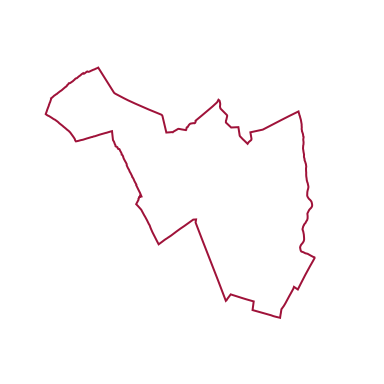 Boldur, Timis, Romania, rotated 76°
{"feature_id": "2599482B65945802034893", "entity_name": "Boldur", "entity_type": "district", "adm_level": 2, "iso_a3": "ROU", "parent_name": "Romania", "parent_adm1": "Timis", "projection": "equal_earth", "projection_center": [21.738, 45.676], "detail": "fine", "context": "isolated", "style": "outline", "palette": "rose", "viewbox_px": 384, "rotation_deg": 76, "n_neighbors": 0, "source": "geoboundaries", "source_scale": "gbopen_adm2", "svg_char_len": 5818}
<svg xmlns="http://www.w3.org/2000/svg" viewBox="0 0 384 384"><g transform="rotate(76 192 192)"><path d="M284.2,188.1L305.8,185.5L305.5,185.0L305.4,184.7L304.1,183.4L302.9,181.9L300.7,179.2L301.1,178.6L305.1,172.1L307.2,168.7L309.3,165.2L313.1,158.6L321.2,161.8L322.7,159.2L326.8,152.0L328.8,148.5L330.8,145.0L332.1,143.1L333.1,141.3L335.4,137.0L331.8,135.5L331.7,135.4L327.4,133.6L324.7,130.4L322.8,128.5L320.5,126.4L316.2,122.5L314.3,120.7L310.5,117.2L308.7,116.0L312.2,112.9L307.1,108.5L299.8,102.1L292.4,95.3L287.9,91.0L285.7,89.0L285.0,89.0L284.2,90.2L282.2,92.4L280.0,94.7L279.6,95.4L278.9,96.8L277.3,98.6L276.5,99.9L276.2,100.3L275.4,100.6L274.5,100.7L272.7,100.6L271.8,100.5L270.8,99.9L270.4,99.6L269.5,98.8L268.4,97.2L267.4,96.1L266.6,95.4L265.2,94.7L263.9,94.4L260.4,93.8L256.8,93.6L256.3,93.8L256.1,93.8L255.2,93.7L254.9,93.8L254.7,93.7L254.4,93.6L253.6,93.1L252.6,92.6L252.3,92.4L252.1,92.2L251.2,91.5L251.2,91.4L250.7,91.1L250.2,90.5L250.1,90.3L249.9,90.1L249.8,89.8L249.5,89.4L248.2,88.3L247.0,87.0L246.8,86.9L245.5,86.2L245.1,86.1L243.2,85.6L241.6,85.4L241.0,85.3L240.8,85.2L240.5,85.0L238.5,83.3L238.1,83.0L237.5,82.3L237.0,81.6L236.5,80.8L236.3,80.4L236.1,80.2L235.4,79.4L235.0,79.1L234.7,78.9L234.2,78.7L233.3,78.5L231.9,78.4L231.0,78.4L230.0,78.5L228.9,79.0L228.2,79.3L227.9,79.6L226.5,80.4L225.9,80.6L224.6,81.0L223.7,81.1L223.4,81.1L222.6,80.9L219.9,80.1L218.2,79.3L217.1,78.6L216.6,78.4L215.8,78.0L215.4,77.9L214.6,77.7L213.4,77.7L211.4,77.6L209.9,77.8L209.2,77.7L208.9,77.8L208.5,77.8L206.3,77.5L205.1,77.4L204.2,77.3L202.3,76.9L200.9,76.5L199.6,76.3L198.1,76.0L196.5,75.6L195.0,75.0L193.2,74.8L192.3,74.7L191.7,74.8L190.7,74.8L188.9,75.0L188.1,75.1L187.8,74.9L187.2,74.8L185.2,74.9L184.7,74.8L182.6,74.2L182.3,74.2L180.1,74.1L178.3,73.9L176.9,73.8L176.1,73.6L174.9,73.2L173.9,72.9L173.0,72.4L171.7,72.0L170.7,71.7L168.2,71.4L167.3,71.1L166.2,70.6L165.7,70.4L165.6,70.5L165.3,70.6L165.0,70.6L164.5,70.5L163.1,70.4L162.9,70.3L162.7,70.3L161.6,70.4L160.2,70.5L159.6,70.6L159.2,70.5L158.6,70.4L157.9,70.4L157.5,70.4L156.6,70.1L156.4,70.0L156.0,69.9L155.0,69.7L154.3,69.6L153.2,69.3L152.4,69.2L148.2,68.9L146.0,69.0L144.5,69.0L144.0,69.0L143.2,69.2L142.4,69.1L141.2,69.2L140.1,69.2L139.6,69.2L141.7,78.9L143.6,87.2L148.6,108.2L148.2,120.9L154.8,121.4L155.3,121.6L155.9,122.0L157.3,124.9L158.7,126.4L154.8,128.8L153.3,129.8L149.6,131.9L148.9,132.1L140.3,131.3L139.2,136.8L138.9,138.4L132.8,142.3L131.0,141.8L130.2,141.2L126.8,139.5L126.3,139.4L125.8,139.5L118.1,144.1L117.8,144.2L115.9,144.2L113.7,143.4L112.6,143.2L110.0,143.2L109.7,143.4L108.9,144.0L110.9,145.8L111.5,146.8L114.0,151.4L119.9,163.4L123.7,171.3L124.6,171.4L124.7,171.6L125.0,171.8L125.5,172.1L125.8,172.5L125.9,173.0L125.8,173.3L125.6,173.7L125.4,175.2L125.4,175.9L125.3,176.4L125.3,177.1L125.6,177.8L126.3,178.9L128.0,180.6L128.0,180.9L128.0,181.2L128.0,181.4L128.2,181.6L130.3,182.6L130.5,182.9L128.8,186.8L127.5,189.6L127.4,190.1L129.0,195.6L129.4,196.2L129.3,196.5L129.0,197.1L128.8,198.6L128.1,202.5L111.1,202.3L110.6,202.4L110.1,202.6L109.6,203.0L107.6,205.7L101.5,214.0L92.5,225.7L87.7,231.7L84.7,235.2L78.1,242.6L77.4,243.2L76.9,243.6L74.2,244.5L48.6,252.9L48.8,253.6L49.0,254.7L49.0,254.9L49.1,255.6L49.4,256.8L49.5,257.9L49.6,258.8L49.8,259.5L49.8,259.9L50.0,260.8L50.3,262.1L50.4,262.8L50.4,263.2L50.3,263.6L50.1,264.0L49.8,264.3L49.7,264.5L50.1,265.6L50.2,265.9L50.3,266.1L50.7,267.0L50.9,267.5L51.1,268.4L51.0,268.6L50.8,268.8L50.4,268.9L51.0,270.6L51.5,271.5L52.0,272.5L52.5,273.9L53.7,276.2L53.7,276.5L53.7,276.8L53.7,277.1L53.7,277.3L53.9,277.8L54.0,278.0L54.4,278.5L54.8,279.2L55.0,279.7L55.7,280.9L56.2,282.4L56.6,283.3L56.8,283.9L56.8,284.7L56.7,285.0L56.7,285.3L56.9,285.5L57.4,285.9L57.6,286.1L57.7,286.3L57.9,286.8L58.0,287.1L58.2,287.3L58.6,287.6L59.0,288.1L59.1,288.4L59.3,288.6L59.3,288.9L59.3,289.0L61.0,292.4L61.1,292.6L61.5,293.3L61.6,293.6L61.8,294.0L62.1,294.8L62.4,295.7L63.7,298.6L64.2,299.5L64.3,300.2L64.7,301.0L65.2,302.5L65.7,303.3L66.5,304.9L67.1,305.8L67.1,306.1L67.5,306.1L70.7,308.1L71.1,308.5L72.5,309.4L72.8,309.7L73.5,310.0L74.9,311.0L77.2,312.6L78.8,313.6L81.0,315.1L81.7,314.6L82.8,313.6L83.5,312.7L84.0,312.1L86.0,310.2L87.1,309.2L87.6,308.8L88.8,307.4L90.0,306.4L90.3,306.2L90.8,305.7L92.2,304.7L93.1,304.2L96.7,301.4L97.4,301.0L98.4,300.2L99.9,299.1L100.8,298.5L101.9,297.7L102.7,297.0L104.7,295.8L109.4,293.9L111.3,293.2L112.3,292.9L113.4,292.9L114.1,292.7L114.8,292.4L114.9,290.2L114.8,287.3L114.9,285.1L114.6,280.8L114.6,280.1L114.4,276.2L114.5,275.4L114.3,274.0L114.4,272.8L114.0,267.6L113.8,261.1L113.9,260.4L113.8,260.1L113.6,256.1L113.6,254.9L122.4,256.1L124.5,255.5L126.7,255.3L128.0,255.0L129.1,255.1L129.8,254.4L130.1,253.9L130.7,253.5L131.0,253.5L131.3,253.4L131.7,253.5L132.0,253.4L132.4,253.1L132.6,252.7L132.7,252.3L132.8,252.1L133.6,251.9L134.4,251.8L136.6,251.2L137.8,251.0L138.2,251.0L138.7,251.2L139.1,250.8L139.4,250.6L139.9,250.4L141.5,250.2L141.9,250.3L143.7,250.0L145.7,249.5L147.4,249.0L149.2,248.6L149.9,248.8L150.4,248.9L150.9,248.8L151.4,248.7L153.1,248.4L155.5,247.7L156.7,247.6L157.3,247.5L158.5,247.1L162.5,246.2L162.8,246.4L163.1,246.3L164.5,245.7L166.2,245.4L167.6,245.2L171.4,244.2L171.8,244.5L172.7,244.3L176.1,243.6L180.1,242.7L182.8,242.3L182.6,242.5L182.4,242.7L182.5,243.0L182.9,243.3L183.3,243.3L183.8,242.9L184.2,242.8L184.4,243.0L184.1,244.0L184.1,244.4L184.2,244.7L184.4,244.8L185.0,244.9L185.3,245.2L185.6,245.6L185.8,245.7L186.1,245.7L186.5,245.7L190.3,249.1L192.6,247.8L196.4,245.8L197.0,245.5L197.9,245.3L203.4,243.9L204.2,243.6L208.5,242.5L212.7,241.6L213.5,241.3L215.2,241.0L216.0,241.0L218.6,240.6L221.5,240.1L229.7,238.2L230.6,238.0L234.7,237.0L233.0,232.9L231.8,230.1L229.2,222.8L226.6,216.7L224.7,212.0L223.1,207.6L219.1,197.5L219.6,194.7L222.5,195.9L242.0,193.5L284.2,188.1Z" fill="none" stroke="#9f1239" stroke-width="2"/></g></svg>